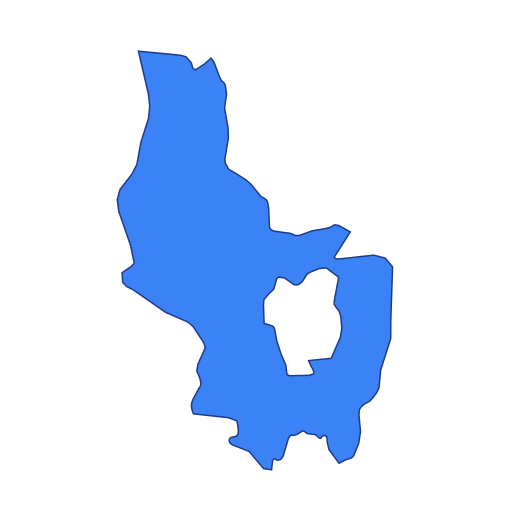 the Province of Kândal, rotated 175°
{"feature_id": "KHM-1786", "entity_name": "Kândal", "entity_type": "Province", "adm_level": 1, "iso_a3": "KHM", "parent_name": "Cambodia", "parent_adm1": "", "projection": "albers", "projection_center": [104.96, 11.392], "detail": "fine", "context": "isolated", "style": "filled", "palette": "blue", "viewbox_px": 512, "rotation_deg": 175, "n_neighbors": 0, "source": "natural_earth", "source_scale": "10m", "svg_char_len": 2610}
<svg xmlns="http://www.w3.org/2000/svg" viewBox="0 0 512 512"><g transform="rotate(175 256 256)"><path d="M355.3,470.3L314.4,462.7L308.4,460.6L303.6,454.1L302.6,448.5L300.1,446.7L290.8,451.6L285.4,455.5L283.6,457.1L281.7,454.0L281.1,452.8L280.5,451.3L276.7,437.5L275.5,434.6L274.3,432.8L273.3,431.8L272.3,430.7L271.7,428.7L271.2,419.9L274.4,406.4L272.7,385.9L273.3,375.7L278.6,355.1L278.5,351.2L275.6,344.7L267.4,338.9L259.2,332.5L254.5,327.6L245.8,314.7L243.3,313.2L241.2,311.5L240.5,310.4L239.9,309.1L239.2,302.7L240.1,283.2L238.6,280.8L237.7,280.1L235.1,279.0L220.3,275.7L217.9,274.7L216.7,273.9L215.3,273.1L213.2,272.8L210.5,272.8L197.8,276.2L184.9,277.2L179.3,278.2L175.7,279.9L175.0,280.2L170.9,279.2L160.0,271.8L178.2,248.0L176.8,246.2L172.2,245.8L138.7,246.6L127.4,242.6L120.9,233.2L127.4,179.6L129.0,162.0L141.7,131.7L144.9,114.2L146.1,112.0L147.7,109.4L151.7,104.8L155.7,101.3L159.8,99.6L162.3,98.2L164.3,96.6L166.2,94.4L167.3,89.1L167.2,71.9L170.0,60.5L176.1,48.5L178.2,46.7L184.5,45.1L191.4,42.3L200.1,56.7L201.3,64.5L201.1,67.5L201.6,70.0L203.0,71.3L205.1,70.9L206.1,70.2L206.9,69.1L207.7,68.7L208.9,69.1L211.1,71.6L212.5,72.9L220.6,74.7L223.3,77.3L225.0,77.5L226.9,76.7L230.4,74.8L232.7,74.2L234.6,74.1L236.2,74.5L237.9,73.6L239.7,71.3L246.1,54.9L247.5,52.7L249.3,51.1L252.1,50.7L253.6,51.2L255.6,52.5L257.3,50.8L259.1,41.7L266.9,43.5L279.9,61.9L295.6,69.7L296.9,70.6L298.4,72.3L298.9,74.8L298.2,76.4L296.5,77.5L292.8,77.9L291.5,78.2L290.2,79.1L289.4,80.6L289.0,82.2L288.8,84.0L289.1,91.3L289.6,93.5L297.9,97.4L332.1,104.2L333.1,108.3L333.3,109.7L333.3,113.4L332.6,115.9L331.0,119.1L324.1,129.6L323.5,130.1L323.1,130.6L322.4,132.2L322.0,134.3L322.4,138.0L323.3,141.8L324.5,144.9L325.0,146.6L323.4,153.0L314.5,169.1L315.4,173.3L316.6,176.0L324.7,191.0L327.0,193.7L329.9,196.3L350.9,207.7L381.5,233.2L387.4,236.8L391.1,241.4L390.9,251.0L381.4,256.3L377.9,259.5L380.1,277.8L388.8,312.4L389.3,324.1L385.8,333.9L372.1,348.8L366.7,357.6L360.7,379.4L351.1,402.4L348.8,414.4L349.0,426.3L355.3,470.3ZM235.3,233.0L236.4,232.4L237.5,231.3L241.2,221.4L246.6,217.1L251.9,211.9L252.8,206.8L253.8,188.2L245.6,184.8L244.8,183.9L243.9,182.3L242.7,169.7L239.8,156.9L235.8,144.7L235.5,135.9L234.2,134.3L232.2,133.7L213.5,132.5L208.7,133.7L208.6,135.0L208.9,137.1L210.6,141.1L212.7,147.2L190.0,147.5L178.9,167.9L176.8,176.7L176.8,187.7L177.3,191.2L178.2,194.0L180.8,198.1L182.4,201.2L181.8,205.0L175.5,227.6L186.8,237.9L190.0,238.1L194.5,237.9L203.0,235.3L205.5,234.1L207.4,232.7L212.0,226.6L215.6,224.0L218.4,223.6L220.9,224.3L229.4,231.6L235.3,233.0Z" fill="#3b82f6" stroke="#1e3a8a" stroke-width="1.5"/></g></svg>